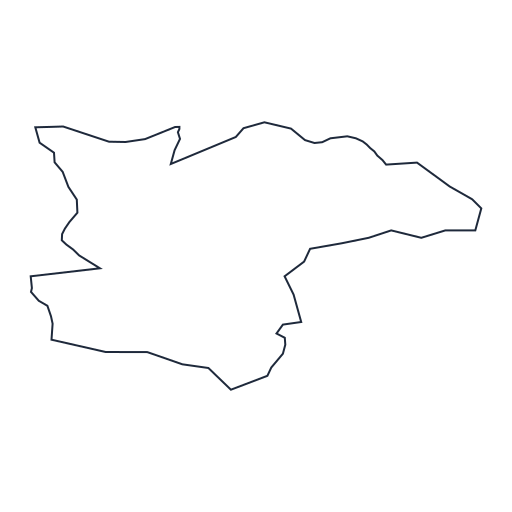 outline of Erglu
{"feature_id": "LVA-5786", "entity_name": "Erglu", "entity_type": "Municipality", "adm_level": 1, "iso_a3": "LVA", "parent_name": "Latvia", "parent_adm1": "", "projection": "equal_earth", "projection_center": [25.673, 56.885], "detail": "fine", "context": "isolated", "style": "outline", "palette": "slate", "viewbox_px": 512, "rotation_deg": 0, "n_neighbors": 0, "source": "natural_earth", "source_scale": "10m", "svg_char_len": 1072}
<svg xmlns="http://www.w3.org/2000/svg" viewBox="0 0 512 512"><path d="M35.3,127.3L50.4,126.9L63.1,126.5L109.0,141.7L125.5,142.0L145.1,139.1L175.1,127.0L179.4,126.9L179.4,129.0L177.9,132.2L180.0,138.9L174.6,150.2L170.8,164.0L235.8,137.0L243.5,128.2L264.4,122.3L291.0,128.6L305.0,140.1L314.5,143.0L322.2,142.2L330.4,138.3L347.3,136.3L355.9,138.3L362.7,141.4L366.7,144.5L370.1,148.0L374.3,151.4L377.3,155.6L382.5,160.1L386.1,164.6L417.0,162.6L449.7,186.5L472.2,199.3L481.3,208.4L475.3,230.4L445.3,230.4L421.3,237.8L391.2,230.4L368.7,237.8L341.6,243.3L310.1,248.8L304.1,261.6L284.6,276.3L293.6,294.6L301.2,322.0L282.9,324.6L276.5,333.5L284.8,337.8L285.3,344.7L282.9,353.7L271.3,367.5L267.4,375.8L230.9,389.7L208.4,368.0L182.3,364.3L147.3,352.1L105.6,352.0L51.5,339.7L52.6,323.7L51.0,316.3L47.4,305.8L38.8,300.8L31.0,291.9L31.9,288.1L30.7,276.3L99.9,268.3L79.1,255.4L73.1,249.5L66.4,244.6L61.8,240.3L62.1,234.1L64.9,228.6L69.5,221.9L77.4,212.7L76.8,199.6L68.4,186.9L62.7,171.9L54.6,162.3L54.0,152.7L39.6,142.7L35.3,127.3Z" fill="none" stroke="#1e293b" stroke-width="2"/></svg>